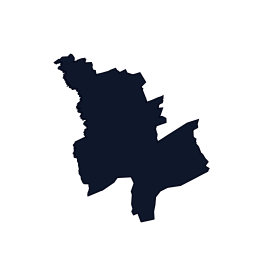 outline of Sesavas pag., Jelgava, Latvia, rotated 333°
{"feature_id": "27541924B5814503616889", "entity_name": "Sesavas pag.", "entity_type": "district", "adm_level": 2, "iso_a3": "LVA", "parent_name": "Latvia", "parent_adm1": "Jelgava", "projection": "equal_earth", "projection_center": [23.783, 56.412], "detail": "fine", "context": "isolated", "style": "filled", "palette": "ink", "viewbox_px": 256, "rotation_deg": 333, "n_neighbors": 0, "source": "geoboundaries", "source_scale": "gbopen_adm2", "svg_char_len": 5300}
<svg xmlns="http://www.w3.org/2000/svg" viewBox="0 0 256 256"><g transform="rotate(333 128 128)"><path d="M194.2,152.6L183.3,150.8L182.5,150.8L157.7,153.1L154.8,153.5L148.2,154.0L148.2,152.3L148.3,150.9L148.8,149.5L150.0,148.0L150.9,146.6L151.0,145.0L151.7,142.2L151.6,141.3L152.7,140.3L154.2,138.7L158.9,139.3L164.3,140.1L165.9,136.6L163.5,133.3L160.8,132.5L167.6,125.9L163.4,124.3L165.4,121.6L165.8,121.2L166.8,120.8L167.0,120.6L170.0,120.8L171.3,119.3L170.8,118.5L172.3,117.5L173.5,115.4L172.4,115.5L170.0,115.2L168.3,114.9L168.0,114.9L161.4,114.5L156.0,113.7L156.6,112.3L156.8,110.4L157.0,109.9L157.0,109.1L157.8,100.7L158.8,99.6L158.7,99.3L158.1,98.7L158.4,96.9L164.3,95.0L163.5,84.3L159.1,83.6L156.2,82.9L151.9,78.6L152.0,75.1L145.7,75.1L145.0,73.2L144.0,71.7L143.8,69.4L138.2,68.8L136.7,69.0L129.8,67.6L124.4,66.3L123.6,65.3L124.7,62.1L122.8,60.5L123.3,57.2L124.6,55.6L124.9,53.2L119.7,50.9L119.2,50.2L119.2,49.8L121.2,47.7L120.2,47.0L120.2,46.8L120.7,46.4L118.2,45.5L113.6,44.9L112.9,45.4L109.6,44.3L111.7,41.2L111.3,37.8L110.4,36.4L108.7,36.8L106.6,37.8L106.2,37.3L102.0,35.4L101.1,35.3L98.5,36.4L97.4,35.6L92.7,36.3L92.9,36.5L92.4,36.8L92.5,37.1L92.9,37.5L93.3,38.1L94.6,38.0L95.4,38.4L96.5,38.4L98.2,39.1L98.7,39.4L98.8,39.7L98.8,39.9L98.7,40.0L98.2,40.0L97.9,40.1L97.9,40.7L97.7,41.0L97.2,40.9L97.1,41.0L97.4,41.7L97.3,42.3L96.5,42.5L95.2,42.3L94.8,42.4L93.9,42.5L93.5,42.7L93.0,43.5L93.4,44.2L94.0,44.4L94.5,44.8L94.6,45.4L94.8,45.8L94.8,46.0L95.2,46.3L96.1,46.6L96.3,46.8L96.2,47.0L96.0,47.4L96.1,47.6L96.4,47.5L96.5,48.0L96.0,48.3L96.4,48.5L96.0,48.9L96.1,49.4L96.4,49.4L97.1,48.9L97.6,49.0L97.8,49.3L97.7,49.6L98.1,50.3L98.0,50.5L97.3,51.0L96.9,51.0L96.3,51.4L96.1,51.3L95.4,51.4L95.5,51.6L95.3,51.8L95.0,51.8L94.9,52.0L95.2,52.2L95.0,52.6L95.1,52.9L94.7,52.8L94.3,53.1L93.6,53.6L93.6,53.8L93.3,54.0L93.5,54.3L94.1,54.3L94.3,54.5L94.0,55.2L93.8,55.4L93.8,55.8L94.1,56.1L94.1,56.3L94.6,56.7L94.2,57.0L94.5,57.1L94.4,57.6L94.0,57.7L94.1,58.0L94.2,58.3L94.2,58.5L93.8,58.9L94.1,59.0L93.8,59.2L94.1,59.5L94.5,59.5L94.8,59.7L94.7,59.8L94.9,60.2L94.0,60.5L93.7,60.7L93.8,60.8L93.7,61.4L94.1,61.5L94.1,61.3L94.2,61.2L94.4,61.1L94.8,61.3L94.8,61.5L94.5,61.6L94.4,61.8L95.2,62.0L94.5,62.8L94.1,63.0L94.8,63.1L95.0,63.5L95.0,63.9L95.3,64.1L95.4,64.3L94.6,64.8L94.5,65.3L94.6,65.5L95.1,65.9L96.1,66.3L96.0,66.9L96.0,67.1L96.1,67.3L96.8,67.7L96.2,68.3L96.6,68.5L97.1,68.4L98.0,68.5L98.9,69.0L98.8,69.3L99.5,69.4L100.1,69.6L100.3,69.9L100.4,70.6L100.2,70.8L99.9,70.8L99.4,71.2L99.5,71.9L99.8,72.3L100.5,72.4L101.4,73.2L101.4,73.5L100.8,73.9L100.1,74.1L99.9,74.2L99.8,74.3L99.9,74.7L99.3,75.0L99.3,75.5L99.7,75.7L99.9,75.9L100.1,77.1L99.4,77.9L99.4,78.1L99.5,78.2L100.4,78.3L100.8,78.5L100.8,79.3L99.8,80.1L98.7,80.6L98.5,80.9L98.9,81.2L99.5,81.8L99.0,82.0L98.2,82.6L97.9,82.4L97.7,82.5L97.4,82.8L97.4,83.2L97.2,83.3L96.0,83.2L94.5,83.6L94.3,83.7L94.9,84.1L94.8,84.4L94.1,84.7L93.3,85.3L92.4,85.6L92.2,85.7L92.3,85.9L92.2,86.1L91.9,86.4L92.6,86.5L92.5,86.9L92.0,87.2L92.1,87.5L91.8,87.9L92.1,88.0L92.6,87.9L93.1,88.2L94.0,88.4L94.1,88.5L94.1,88.9L94.0,89.0L93.8,89.1L92.9,88.8L92.4,88.9L92.1,89.7L91.2,90.1L91.1,90.4L91.2,90.6L91.2,91.0L91.4,91.5L91.9,91.6L92.2,92.0L93.2,92.6L93.2,92.8L93.7,93.2L93.6,93.6L93.0,94.2L92.8,95.1L92.0,95.3L91.8,95.6L91.6,95.6L91.6,95.9L91.2,96.0L91.4,96.2L91.8,96.0L91.8,96.3L91.5,96.5L91.2,97.0L91.6,97.3L90.8,98.2L90.9,98.4L91.5,98.4L91.8,98.7L91.9,99.1L91.9,99.5L91.6,100.0L91.6,100.3L94.4,100.4L94.4,103.1L92.0,103.1L91.7,103.5L91.0,104.0L90.9,104.3L90.7,104.2L90.5,104.4L90.9,105.0L90.9,105.3L91.1,105.6L91.8,105.8L92.1,106.2L91.8,106.4L91.5,106.2L91.2,106.4L91.2,106.6L91.8,107.1L91.9,107.4L92.4,107.3L91.4,110.2L89.1,110.0L89.0,110.4L88.4,110.9L88.5,111.4L88.1,111.7L87.0,111.8L86.9,111.9L86.9,112.1L87.2,112.4L87.2,112.8L86.9,113.3L86.2,114.1L86.8,117.0L74.8,116.7L74.7,117.0L74.0,117.4L73.6,117.9L73.2,117.9L72.7,118.3L72.1,118.3L71.7,118.6L71.6,118.9L71.9,119.2L72.1,120.0L72.0,120.3L71.7,120.4L71.4,120.8L71.7,121.4L71.7,121.6L71.8,121.7L71.1,121.6L70.9,121.9L71.2,122.3L70.7,122.6L70.3,123.2L70.6,123.6L69.3,124.9L69.1,125.3L67.9,125.7L68.0,126.0L68.4,126.0L68.8,126.5L68.0,127.0L68.2,127.5L68.4,128.1L67.6,128.3L67.4,128.5L67.1,129.6L67.2,129.8L67.6,130.2L68.4,130.3L68.7,130.2L69.0,130.5L69.1,133.0L69.0,133.4L68.4,134.2L68.2,134.7L68.2,136.4L67.9,137.9L67.2,138.8L66.3,142.6L66.0,143.0L65.1,143.7L64.0,146.8L64.5,149.5L64.4,150.1L63.5,152.2L63.3,156.3L63.9,157.6L67.6,159.6L67.9,159.9L67.9,160.3L67.0,162.3L66.8,163.6L66.5,164.3L65.0,166.2L63.3,167.6L62.0,169.4L61.8,170.2L75.6,171.2L76.2,171.3L76.4,171.5L76.8,171.3L77.6,171.4L90.8,169.7L95.9,167.0L108.9,172.8L108.6,180.1L102.3,186.2L101.8,189.5L101.6,189.8L101.1,190.6L97.0,197.4L96.7,198.2L96.0,202.4L93.9,204.1L93.7,204.3L93.7,207.7L98.2,208.1L98.4,208.2L97.3,217.3L97.9,217.6L109.7,220.7L112.7,213.9L117.0,208.4L121.1,201.8L128.0,198.6L136.3,198.6L148.9,202.8L179.4,202.5L180.4,201.4L181.6,200.7L180.1,198.5L179.7,197.5L179.6,197.2L180.0,196.2L183.5,194.5L183.8,194.3L182.6,190.2L182.3,185.6L182.1,185.0L181.4,183.6L181.3,183.3L182.0,177.2L181.9,176.0L181.7,175.2L181.0,173.1L181.1,172.8L181.8,171.9L181.7,171.2L181.7,170.7L183.3,168.6L182.4,167.2L181.9,165.4L184.4,159.8L185.8,159.0L189.8,159.0L190.3,158.8L191.2,155.8L194.2,152.6Z" fill="#0f172a" stroke="#020617" stroke-width="1.5"/></g></svg>